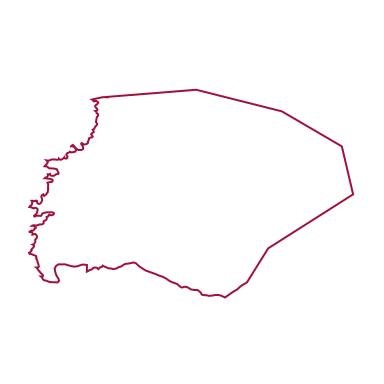 Aconibe, Wele-Nzás, Equatorial Guinea, rotated 275°
{"feature_id": "11065452B89932418637458", "entity_name": "Aconibe", "entity_type": "district", "adm_level": 2, "iso_a3": "GNQ", "parent_name": "Equatorial Guinea", "parent_adm1": "Wele-Nzás", "projection": "equal_earth", "projection_center": [10.91, 1.339], "detail": "fine", "context": "isolated", "style": "outline", "palette": "rose", "viewbox_px": 384, "rotation_deg": 275, "n_neighbors": 0, "source": "geoboundaries", "source_scale": "gbopen_adm2", "svg_char_len": 5683}
<svg xmlns="http://www.w3.org/2000/svg" viewBox="0 0 384 384"><g transform="rotate(275 192 192)"><path d="M94.5,49.2L93.5,50.2L92.7,50.7L92.3,51.0L91.7,51.5L91.1,52.5L91.1,53.7L91.0,54.3L89.9,58.1L90.2,66.0L92.0,67.3L94.0,66.5L96.3,64.7L98.5,63.5L101.7,62.3L104.0,61.9L106.6,63.1L108.3,65.3L108.5,68.2L108.9,71.9L108.5,73.7L107.7,77.8L107.4,80.6L107.8,83.7L109.2,86.8L110.2,89.3L110.2,93.7L103.5,94.2L104.4,95.7L105.4,96.9L106.1,98.9L106.4,99.2L107.2,99.7L107.5,100.0L108.2,101.3L108.3,101.9L108.4,103.0L108.3,103.4L108.0,104.1L107.5,104.8L106.9,105.4L107.1,105.6L108.0,106.1L108.6,106.7L109.4,108.1L109.8,109.1L110.9,109.5L109.9,111.7L108.7,115.7L108.7,118.6L108.3,120.3L108.7,121.3L109.3,123.8L110.1,124.4L110.6,125.3L111.0,126.6L112.1,128.5L113.6,130.2L114.5,131.8L115.0,133.8L115.4,135.8L116.7,139.9L116.1,142.4L114.6,144.2L112.6,147.1L111.8,148.8L110.5,151.1L109.6,153.1L109.1,155.3L107.8,160.0L107.5,161.4L105.7,167.1L105.0,170.2L103.6,173.7L101.7,176.8L100.3,180.2L99.7,183.0L99.0,185.3L96.8,188.3L96.1,189.6L96.0,190.5L96.3,191.4L96.9,192.5L97.0,194.4L96.3,196.8L95.6,198.0L94.8,199.7L94.6,203.2L94.9,206.0L93.4,208.4L92.2,209.7L90.7,210.6L90.5,211.1L90.3,212.9L90.4,215.9L90.0,217.7L90.7,221.7L91.4,224.0L91.7,227.1L91.4,229.7L89.8,234.1L95.8,241.2L98.9,245.6L102.0,248.3L104.0,250.8L106.7,254.6L142.5,272.8L203.7,352.7L250.5,337.3L280.2,274.4L294.2,187.2L279.3,98.8L279.0,99.1L278.6,94.5L275.4,84.3L275.2,84.7L274.4,85.7L273.8,86.1L274.0,86.7L274.3,88.0L274.3,88.5L274.2,88.9L273.5,90.3L273.2,90.6L272.9,90.8L272.5,90.7L271.2,89.9L269.8,88.2L268.9,88.0L267.7,88.8L266.9,89.9L266.1,90.5L265.8,90.6L265.3,90.5L264.7,89.9L264.5,89.4L264.3,88.6L263.6,89.6L263.3,89.8L262.1,90.3L261.3,91.6L261.2,91.8L260.8,91.9L259.8,91.7L259.0,91.3L258.6,91.0L258.4,90.7L253.5,90.2L252.6,90.9L251.5,91.5L251.1,91.6L249.8,90.9L248.7,89.9L246.7,89.2L245.8,88.4L245.4,87.7L243.9,88.8L243.7,88.9L243.3,88.9L242.9,88.7L241.9,87.3L241.0,86.6L240.6,86.5L238.9,88.1L238.7,88.2L238.3,88.2L237.8,87.8L237.4,86.2L236.4,84.7L235.5,84.8L234.0,84.3L233.1,83.8L232.5,84.1L232.1,84.1L231.3,83.7L231.1,83.5L230.3,82.0L230.0,80.8L229.9,80.2L230.1,79.7L231.1,78.2L231.2,77.9L231.1,77.7L230.3,77.4L228.3,79.0L227.0,79.6L225.8,79.8L225.4,79.8L225.1,79.5L224.2,78.1L224.1,77.7L224.1,76.3L223.9,75.6L223.9,75.0L224.1,74.5L225.5,72.4L227.4,70.6L228.5,69.3L228.0,68.8L227.5,67.7L227.0,67.7L227.2,68.1L227.2,68.5L226.9,69.9L226.7,70.4L225.7,71.6L224.3,72.6L224.0,72.7L222.4,72.4L222.0,72.1L221.8,71.7L221.5,70.4L221.0,69.2L220.9,68.7L221.0,68.1L221.5,66.9L221.4,66.8L220.8,66.4L220.1,64.7L219.3,63.9L218.6,63.6L217.9,63.6L217.5,63.8L217.1,64.5L216.7,64.7L215.4,64.9L215.0,64.8L214.7,64.5L214.3,63.7L214.4,62.7L214.6,62.2L214.9,61.9L215.4,61.7L214.6,61.2L213.5,60.0L212.7,58.6L212.7,57.8L213.6,56.5L213.3,56.5L212.9,56.2L212.6,55.8L212.4,55.3L212.4,50.4L211.9,48.8L211.2,47.5L210.7,46.1L210.7,45.6L210.8,44.3L210.2,45.0L209.4,45.6L209.0,45.7L208.7,45.7L207.3,44.9L206.5,44.2L205.9,43.9L205.2,43.1L204.8,42.9L204.8,44.8L204.7,45.3L203.3,47.5L203.2,48.1L203.3,53.0L203.0,54.8L202.9,55.3L202.5,55.6L201.5,56.1L200.1,56.9L199.1,57.4L198.8,57.5L198.4,57.2L198.2,56.8L197.9,55.3L197.1,54.2L196.2,53.1L196.0,52.6L196.0,50.3L196.1,49.8L196.5,49.3L197.1,49.0L197.6,49.0L197.2,48.2L197.1,47.3L197.1,46.8L196.5,47.0L195.9,47.0L195.0,46.7L194.0,45.7L193.3,44.4L192.9,44.1L193.0,44.9L192.9,46.2L192.7,47.3L192.8,48.2L192.7,49.3L192.2,51.4L192.0,51.9L191.6,52.2L190.3,52.0L190.0,51.7L189.8,51.3L189.3,49.1L189.0,48.2L188.8,47.3L188.7,47.2L186.5,48.2L185.1,48.1L182.6,48.3L183.9,48.7L182.0,48.4L179.2,48.3L178.5,47.7L176.9,47.0L175.2,45.0L175.6,44.2L176.6,44.0L176.1,43.2L175.4,42.6L174.3,42.3L173.9,42.3L172.2,43.2L170.7,43.5L170.4,43.4L168.2,42.6L167.2,41.6L166.9,41.2L166.9,40.7L166.9,39.9L167.1,39.4L167.4,39.0L168.1,38.6L169.7,38.2L169.9,37.4L169.4,36.9L169.3,36.3L169.3,34.7L169.2,33.1L168.5,33.7L168.1,33.9L167.8,33.8L167.6,33.6L167.3,33.8L167.0,33.8L166.0,33.7L164.8,33.0L164.0,32.0L162.9,31.3L162.7,33.1L161.9,35.4L161.9,35.6L162.4,36.5L162.5,36.9L162.5,37.6L162.4,38.1L162.1,39.0L161.9,39.4L161.5,39.6L160.4,39.8L158.8,39.5L157.9,39.2L157.1,39.1L156.7,39.0L155.9,38.3L154.8,36.8L154.4,36.8L153.9,37.1L153.8,37.6L154.6,38.4L154.8,38.9L155.0,41.9L155.0,43.3L155.2,43.8L157.7,45.0L157.9,45.5L158.8,48.0L159.2,49.7L159.2,51.5L159.5,52.8L159.6,54.2L159.5,54.7L159.2,55.8L159.0,56.2L158.6,56.4L158.2,56.3L157.5,56.0L157.3,55.7L156.7,54.3L156.6,53.8L156.7,52.6L156.9,51.8L156.7,51.4L155.5,51.1L154.8,50.1L154.4,49.3L153.3,49.6L152.4,49.6L152.0,49.5L150.9,48.4L150.0,46.7L149.8,46.6L148.8,46.9L147.9,46.9L147.6,46.7L147.1,46.1L146.6,45.1L146.5,44.7L146.5,43.2L146.1,42.4L145.7,41.6L145.1,40.1L145.0,39.5L145.1,37.2L144.6,35.7L144.4,35.5L144.5,36.6L144.5,37.0L144.1,38.2L143.2,39.4L143.0,39.5L142.6,39.5L142.2,39.2L141.7,38.3L140.6,37.9L139.9,37.2L139.6,36.8L139.5,36.2L139.6,35.3L138.7,34.3L137.9,32.9L138.0,33.6L138.0,35.4L137.9,35.8L137.7,36.2L136.8,36.8L136.5,36.9L135.5,36.8L135.6,37.1L136.2,37.7L136.3,38.0L136.4,39.1L136.4,39.6L136.1,40.1L135.4,40.9L134.7,41.3L134.4,41.4L133.2,41.4L131.9,40.9L131.0,40.0L130.5,40.0L128.9,40.3L128.5,40.2L127.0,39.5L126.2,39.0L126.0,38.6L125.7,37.8L125.5,38.2L124.9,39.0L124.6,39.3L124.1,39.4L123.5,39.1L122.3,38.3L121.5,37.6L120.7,37.2L120.4,36.9L119.9,37.3L119.6,37.3L118.8,36.9L118.1,36.1L117.5,35.2L117.2,34.9L116.3,35.5L116.2,36.3L116.0,38.0L115.4,39.8L115.2,40.3L114.9,41.6L114.7,42.1L114.3,42.4L113.3,42.8L112.9,42.8L112.5,42.4L110.5,43.7L107.6,44.7L106.9,45.2L104.4,45.9L104.0,45.8L103.7,45.5L103.4,45.1L103.2,43.5L102.7,44.2L100.8,45.7L99.2,47.4L98.3,48.1L96.7,50.3L96.4,50.5L95.6,50.9L95.2,50.8L94.8,50.2L94.7,48.9L94.5,49.2Z" fill="none" stroke="#9f1239" stroke-width="2"/></g></svg>